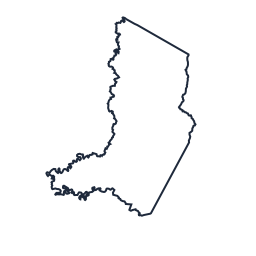 outline of Fray Bartolomé de Las Casas, Alta Verapaz, Guatemala, rotated 300°
{"feature_id": "79465075B41204934399249", "entity_name": "Fray Bartolomé de Las Casas", "entity_type": "district", "adm_level": 2, "iso_a3": "GTM", "parent_name": "Guatemala", "parent_adm1": "Alta Verapaz", "projection": "mercator", "projection_center": [-89.812, 15.886], "detail": "fine", "context": "isolated", "style": "outline", "palette": "slate", "viewbox_px": 256, "rotation_deg": 300, "n_neighbors": 0, "source": "geoboundaries", "source_scale": "gbopen_adm2", "svg_char_len": 5684}
<svg xmlns="http://www.w3.org/2000/svg" viewBox="0 0 256 256"><g transform="rotate(300 128 128)"><path d="M146.0,188.1L147.5,187.0L150.2,186.7L151.7,186.2L153.0,184.6L154.5,183.7L156.3,184.6L157.7,185.0L159.9,183.9L161.2,184.0L162.4,183.6L162.9,183.7L163.6,184.6L164.9,184.6L165.6,183.0L167.0,181.8L167.4,180.7L168.1,180.0L168.3,178.2L169.3,177.6L169.6,176.9L170.4,176.3L170.4,176.0L169.4,174.9L169.3,174.2L170.5,172.7L170.3,172.1L170.5,170.2L170.1,169.6L170.4,168.3L169.7,167.0L170.2,166.4L170.6,166.4L170.7,164.8L170.4,164.0L171.0,163.3L171.0,162.4L171.5,161.7L174.8,162.1L177.4,161.9L178.1,162.3L179.3,162.5L180.0,162.2L180.4,161.2L181.5,160.6L181.8,159.8L182.3,159.4L184.4,159.1L185.2,159.9L186.7,160.3L188.5,159.8L191.0,158.5L193.4,158.4L194.5,157.5L195.6,157.4L196.8,156.7L199.7,155.7L200.6,154.9L202.3,154.7L203.5,153.7L203.9,152.1L206.4,150.2L206.5,149.5L207.2,148.7L208.2,149.2L209.4,148.8L211.1,148.8L212.6,148.4L215.1,146.9L216.4,145.5L217.8,144.6L219.0,144.0L221.2,144.1L222.0,143.6L221.8,84.6L221.5,81.6L221.4,72.1L221.7,70.2L221.3,68.4L220.7,68.2L220.6,68.4L220.3,69.1L220.5,70.2L219.3,70.3L218.9,71.7L218.1,71.7L217.7,71.5L218.2,69.1L217.1,68.5L216.3,68.8L215.2,68.8L214.7,67.2L213.9,66.8L213.5,65.7L213.1,65.6L212.4,65.9L211.9,65.5L211.6,66.4L210.2,67.2L209.5,67.3L208.8,68.3L207.7,68.3L207.1,69.2L206.1,69.5L205.6,69.1L204.6,69.6L204.5,71.7L205.1,72.7L204.3,73.0L205.1,74.2L204.9,74.4L203.8,73.7L202.6,74.1L201.5,73.3L201.1,74.0L199.7,73.5L199.1,74.6L198.3,73.8L196.7,75.5L197.4,77.0L195.6,77.3L194.6,78.2L194.3,79.3L192.6,79.9L192.5,80.9L192.2,81.2L190.5,80.2L190.4,78.7L188.5,77.5L187.7,77.5L187.4,78.0L188.5,78.8L189.7,80.4L189.3,81.9L188.1,82.3L188.1,80.5L187.2,79.9L186.5,79.9L185.7,81.1L184.7,81.0L183.9,80.0L183.1,80.4L181.6,80.1L180.2,81.1L179.8,81.1L179.6,80.6L180.0,79.5L179.0,78.5L177.9,79.1L177.1,79.2L175.8,78.4L175.1,78.9L173.8,78.9L173.3,79.7L172.4,80.1L172.1,80.6L172.1,81.8L173.0,83.1L172.9,84.7L172.4,85.2L171.5,85.1L171.6,86.4L171.1,87.1L171.3,87.6L171.1,87.8L169.6,88.7L168.9,88.6L169.3,90.0L168.6,90.9L168.1,93.5L167.4,94.9L165.3,93.6L164.0,92.1L163.1,91.9L162.1,93.7L162.1,95.0L161.2,95.1L160.1,94.6L157.9,95.5L157.1,93.9L154.9,92.2L154.0,92.6L153.6,93.3L153.1,93.6L152.1,93.6L151.4,94.2L150.7,94.0L150.2,95.5L149.3,96.9L149.5,98.9L148.8,99.9L147.8,99.9L147.4,99.0L146.3,98.6L145.6,97.7L144.6,98.7L144.1,98.1L142.4,97.8L141.1,98.0L140.0,98.5L139.0,98.2L138.4,99.4L135.4,100.8L133.2,103.2L133.1,103.9L134.6,105.3L134.6,106.6L134.2,106.8L133.7,106.4L132.9,106.7L133.0,107.9L132.4,108.4L131.9,109.8L130.3,111.0L129.4,111.1L129.4,112.3L128.2,114.7L126.8,114.8L125.8,115.2L124.6,114.6L124.4,113.7L123.9,113.5L122.5,114.1L120.6,114.2L119.0,115.2L118.9,116.0L116.9,116.4L116.1,119.2L115.8,119.3L113.6,119.1L112.4,119.6L111.7,119.0L110.3,119.4L107.9,118.8L107.0,119.1L105.6,118.5L105.3,118.9L105.2,120.6L104.1,119.8L103.6,120.0L101.7,119.9L101.4,119.4L100.8,119.9L99.3,120.0L99.2,118.7L96.2,119.2L95.7,119.7L95.5,120.6L93.5,120.8L93.2,120.7L93.0,120.0L92.5,120.0L92.0,119.4L90.9,119.4L91.1,118.8L90.7,117.8L89.3,118.0L88.9,116.8L88.2,115.6L88.3,115.1L89.6,113.8L88.7,109.9L88.2,109.9L87.4,110.5L86.3,109.6L85.8,108.6L85.4,108.3L82.9,108.5L82.6,108.4L82.7,107.9L83.9,107.1L83.8,106.7L81.5,105.4L79.3,105.1L79.3,104.7L80.3,103.5L82.1,102.7L82.5,102.0L81.8,101.1L81.6,99.2L80.4,97.8L79.1,97.4L78.1,98.1L78.0,99.3L78.9,101.3L78.1,102.4L77.4,102.7L76.0,102.4L76.3,100.4L75.8,99.5L75.0,99.5L73.6,100.4L72.8,100.1L72.6,99.6L72.8,97.6L72.4,97.0L71.8,96.9L70.9,98.0L69.9,98.0L67.3,95.1L66.9,95.1L66.6,95.6L66.6,97.5L66.0,98.4L64.4,98.3L64.7,96.3L63.9,95.6L62.9,95.9L61.5,97.5L60.9,97.6L60.7,97.1L61.1,96.1L61.1,94.3L60.6,93.4L59.9,93.0L57.1,93.2L55.8,92.9L55.5,92.6L55.6,91.8L56.8,90.0L58.3,89.2L58.5,88.5L58.1,88.3L56.9,88.5L54.9,90.1L54.0,89.9L54.0,89.3L54.6,87.0L56.1,85.6L55.4,84.1L53.6,83.1L51.8,82.6L49.8,82.5L49.3,80.2L48.6,79.9L47.8,80.1L46.6,81.9L46.4,82.7L48.5,83.1L48.3,85.6L49.3,87.2L48.9,88.4L48.2,88.7L47.9,87.1L47.6,87.0L46.1,87.2L46.7,89.8L45.3,90.4L43.6,89.1L42.7,88.9L42.2,89.8L41.0,90.1L40.5,91.1L38.8,91.3L37.4,92.6L37.3,93.2L39.3,95.3L39.7,97.1L40.4,98.5L40.5,100.0L40.0,101.1L39.2,101.5L38.3,101.5L37.2,100.4L36.1,98.5L34.2,98.2L34.0,98.6L35.4,100.0L36.0,101.5L37.1,103.0L37.9,105.7L38.4,105.7L40.5,104.5L41.5,104.4L41.9,104.7L41.8,105.2L40.9,106.2L40.4,107.4L40.9,108.6L42.0,109.5L42.8,109.0L42.9,107.6L44.0,104.9L44.1,103.5L43.6,102.1L43.7,101.6L45.1,100.9L45.7,101.0L46.0,101.5L45.9,106.0L44.7,107.7L44.9,108.4L46.6,109.9L46.6,110.5L45.8,111.4L43.7,111.2L43.7,112.2L45.1,112.5L45.3,113.2L44.8,113.8L43.3,114.5L43.1,115.1L44.7,117.7L47.6,117.7L48.1,118.3L48.6,119.9L48.1,120.8L46.8,121.4L44.7,120.4L43.3,120.5L42.7,121.0L42.3,121.9L42.4,122.4L44.2,121.7L45.3,122.1L45.7,122.6L45.3,125.1L44.2,126.4L44.2,126.9L45.1,127.2L47.2,126.1L47.0,123.8L47.4,122.8L48.0,122.4L49.6,123.2L51.5,123.5L52.0,124.1L51.8,124.9L50.9,125.6L49.0,125.5L48.5,126.0L49.0,126.8L50.1,127.5L51.8,126.7L52.8,126.6L54.7,128.9L55.9,129.4L57.5,127.5L58.1,127.1L58.6,127.2L59.9,128.4L59.8,128.7L59.0,129.2L57.6,129.5L57.6,130.4L58.4,131.3L59.9,131.8L61.1,132.8L61.9,134.1L61.6,134.6L60.3,134.0L59.8,134.5L59.8,136.8L60.5,139.0L61.0,139.7L61.6,140.0L62.9,140.2L64.3,139.8L65.1,140.1L65.8,141.7L65.7,143.5L66.0,143.9L67.4,144.3L68.0,144.8L67.5,147.2L64.5,147.3L62.8,148.6L63.9,152.7L63.3,154.7L62.7,154.8L62.8,155.3L62.4,155.7L62.7,156.8L61.9,157.7L61.9,158.1L62.0,159.8L62.7,161.7L61.8,163.5L61.1,164.1L63.5,169.1L57.8,170.1L57.7,171.6L58.0,172.1L59.2,172.9L61.4,175.2L60.8,175.9L61.1,178.1L60.5,179.2L60.1,180.7L58.8,180.4L58.0,181.1L58.1,181.7L58.9,182.6L59.0,183.9L60.4,185.1L64.9,190.1L65.6,190.5L146.0,188.1Z" fill="none" stroke="#1e293b" stroke-width="2"/></g></svg>